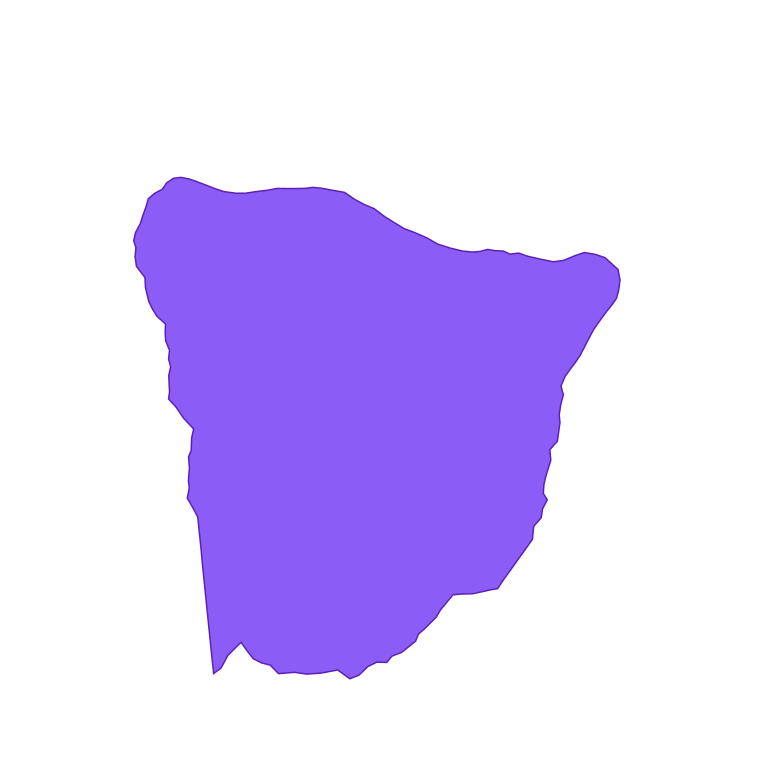 Maragogi, Alagoas, Brazil (Albers equal-area conic projection), rotated 250°
{"feature_id": "56859067B32459964326416", "entity_name": "Maragogi", "entity_type": "district", "adm_level": 2, "iso_a3": "BRA", "parent_name": "Brazil", "parent_adm1": "Alagoas", "projection": "albers", "projection_center": [-35.259, -8.967], "detail": "fine", "context": "isolated", "style": "filled", "palette": "violet", "viewbox_px": 768, "rotation_deg": 250, "n_neighbors": 0, "source": "geoboundaries", "source_scale": "gbopen_adm2", "svg_char_len": 1971}
<svg xmlns="http://www.w3.org/2000/svg" viewBox="0 0 768 768"><g transform="rotate(250 384 384)"><path d="M170.2,124.9L172.8,133.7L182.3,144.4L190.2,161.3L180.4,164.0L170.5,167.2L163.7,173.7L158.8,180.9L147.9,185.8L143.6,201.5L137.9,212.0L133.9,225.7L131.1,242.7L118.7,251.1L119.0,261.0L124.0,272.2L125.1,282.2L121.4,291.3L125.5,298.3L125.8,308.9L131.6,325.8L137.2,330.9L140.6,339.5L147.1,353.4L152.4,359.8L162.3,376.7L160.3,384.5L156.5,395.7L154.3,412.8L152.8,420.8L158.1,427.8L187.2,470.3L199.0,476.0L204.6,486.0L212.3,490.2L219.4,497.8L226.6,496.3L234.1,499.5L241.1,503.9L255.4,514.7L265.6,517.4L271.0,527.4L287.7,536.2L295.2,538.1L304.4,543.2L312.6,548.9L321.6,549.6L329.3,556.9L334.6,564.6L339.5,572.2L344.0,578.3L349.3,584.1L355.7,591.0L363.4,599.5L370.6,609.8L376.2,618.3L380.8,625.9L384.9,631.6L391.2,636.2L400.8,641.3L411.4,643.1L420.9,638.2L427.2,634.8L433.4,627.1L439.0,617.4L439.3,608.3L438.7,595.3L440.9,584.9L448.2,573.1L455.0,562.6L461.0,555.3L462.9,546.9L468.1,541.6L471.2,534.2L475.0,527.4L475.8,519.3L477.7,512.4L482.1,503.2L489.3,492.4L497.3,482.1L506.4,474.5L515.9,464.5L523.1,456.1L533.7,447.6L541.0,441.9L551.9,434.9L559.7,426.6L567.4,419.7L577.6,412.4L584.0,401.3L589.4,392.1L593.2,384.2L594.7,377.1L598.1,367.3L601.2,358.8L604.4,350.3L606.0,340.4L608.7,328.9L610.6,319.2L613.9,310.1L619.6,299.3L625.2,292.2L631.0,285.6L636.3,279.5L643.1,271.4L647.7,263.6L649.3,256.5L647.4,248.7L642.8,242.3L641.6,233.5L638.7,225.9L632.2,221.2L626.1,216.1L618.2,210.0L611.4,202.4L604.2,197.8L596.9,197.5L588.7,193.6L579.1,191.6L565.9,195.8L556.1,192.8L542.0,191.2L533.3,192.1L525.1,193.9L515.2,199.2L506.8,195.8L499.2,193.6L489.1,194.0L481.1,190.1L473.1,189.4L465.9,184.8L457.6,182.1L450.0,179.8L443.6,176.4L433.7,180.6L420.4,184.0L406.9,189.7L398.9,184.7L387.5,180.1L382.5,175.5L371.6,172.4L359.9,167.1L353.2,165.6L344.0,160.1L333.4,162.0L322.8,163.5L292.5,155.9L276.6,151.7L187.6,129.2L170.2,124.9Z" fill="#8b5cf6" stroke="#5b21b6" stroke-width="1.5"/></g></svg>